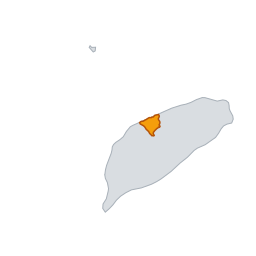 where Changhua sits in Taiwan, rotated 37°
{"feature_id": "TWN-1169", "entity_name": "Changhua", "entity_type": "County", "adm_level": 1, "iso_a3": "TWN", "parent_name": "Taiwan", "parent_adm1": "", "projection": "albers", "projection_center": [120.501, 23.99], "detail": "fine", "context": "in_parent", "style": "filled", "palette": "amber", "viewbox_px": 256, "rotation_deg": 37, "n_neighbors": 0, "source": "natural_earth", "source_scale": "10m", "svg_char_len": 1765}
<svg xmlns="http://www.w3.org/2000/svg" viewBox="0 0 256 256"><g transform="rotate(37 128 128)"><path d="M168.0,175.3L165.2,181.0L163.1,187.0L162.2,192.6L162.2,198.5L161.6,203.7L160.5,208.9L156.2,207.4L153.8,203.7L153.3,197.6L150.1,190.2L148.9,188.1L144.4,184.0L140.3,181.9L137.1,178.9L137.5,179.1L135.2,175.0L133.4,170.7L129.8,158.3L128.5,155.3L126.8,152.5L126.4,149.8L126.9,146.8L128.5,142.3L129.5,137.8L128.8,131.7L129.1,125.6L130.3,122.9L151.0,85.8L156.6,77.9L160.0,74.0L162.9,69.6L165.6,64.1L169.0,59.0L171.3,57.4L183.1,52.8L186.8,48.5L189.7,47.1L193.0,47.2L195.2,49.2L197.2,51.6L199.2,52.9L204.4,55.3L206.7,57.6L207.8,61.6L204.7,65.4L203.1,68.8L202.9,72.6L203.5,77.7L203.6,82.8L199.7,94.9L195.5,102.4L194.3,106.1L193.1,115.4L190.7,124.7L188.6,136.5L185.1,148.6L183.1,153.7L180.7,158.6L174.7,167.8L168.0,175.3ZM53.5,83.0L55.4,86.2L54.5,88.2L48.5,87.0L48.2,85.1L50.5,85.5L53.5,83.0Z" fill="#d9dde1" stroke="#a8b0b8" stroke-width="1"/><path d="M134.0,116.6L134.1,116.4L134.4,115.2L134.6,114.7L135.8,113.6L136.2,113.1L136.6,111.8L137.3,110.5L138.3,107.8L138.7,107.0L139.2,106.5L139.7,106.2L140.0,106.0L140.3,105.8L140.4,105.3L140.6,104.8L141.4,104.2L141.6,103.7L141.7,102.0L141.9,101.5L142.3,101.1L144.2,98.9L145.2,99.2L145.9,99.8L146.3,100.8L146.5,102.1L147.3,103.0L149.2,103.6L150.0,104.2L150.5,105.0L150.8,105.7L150.8,106.4L151.1,106.9L151.8,107.0L152.7,107.6L152.7,107.9L152.7,108.5L152.0,108.7L151.8,109.2L151.9,109.9L151.5,110.7L151.3,111.6L151.2,112.5L151.0,113.6L150.9,115.9L151.2,116.9L151.9,117.5L152.5,117.7L153.4,118.2L153.3,118.8L152.6,119.1L152.2,119.4L151.8,119.7L151.7,119.8L149.6,119.4L148.7,119.4L146.6,118.4L143.3,118.1L141.4,117.3L140.3,117.0L139.0,116.9L135.3,117.4L134.0,116.6Z" fill="#f59e0b" stroke="#b45309" stroke-width="1.5"/></g></svg>